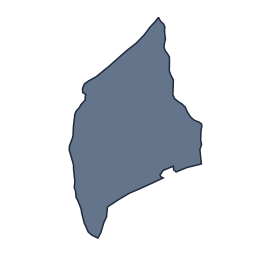 Toto, Nassarawa, Nigeria, rotated 162°
{"feature_id": "59680162B43531883815254", "entity_name": "Toto", "entity_type": "district", "adm_level": 2, "iso_a3": "NGA", "parent_name": "Nigeria", "parent_adm1": "Nassarawa", "projection": "albers", "projection_center": [7.153, 8.233], "detail": "fine", "context": "isolated", "style": "filled", "palette": "slate", "viewbox_px": 256, "rotation_deg": 162, "n_neighbors": 0, "source": "geoboundaries", "source_scale": "gbopen_adm2", "svg_char_len": 1289}
<svg xmlns="http://www.w3.org/2000/svg" viewBox="0 0 256 256"><g transform="rotate(162 128 128)"><path d="M69.3,71.1L66.3,85.3L63.1,89.7L62.7,93.4L62.7,93.9L61.4,97.4L59.0,103.8L57.0,107.1L57.0,109.5L58.5,111.5L58.7,111.8L61.9,114.2L63.6,116.5L65.1,119.2L66.6,124.7L67.1,130.1L69.0,133.8L72.4,138.0L74.7,141.8L75.1,145.7L73.7,149.4L70.0,159.6L71.0,165.8L71.0,169.8L68.4,177.2L66.7,182.7L67.0,184.2L67.2,185.4L68.9,190.6L68.6,194.6L66.0,199.2L64.7,201.5L64.0,206.2L63.0,209.7L61.7,212.9L62.2,216.4L63.7,218.6L64.4,221.1L64.7,223.3L65.5,223.4L68.9,221.0L76.1,217.0L83.9,211.5L89.5,208.5L92.9,206.7L93.9,206.2L105.9,201.8L126.7,192.7L142.2,186.7L151.6,184.8L156.0,183.3L159.1,179.5L160.1,175.8L157.9,172.9L159.3,170.3L160.1,167.9L165.6,164.7L167.8,162.6L172.2,160.0L174.1,157.8L179.3,146.7L182.5,138.1L184.3,135.2L189.1,129.2L190.7,125.4L191.2,110.1L192.6,105.3L195.0,93.8L197.3,88.4L197.6,87.6L197.3,84.6L198.8,78.0L198.2,75.0L197.6,65.7L198.3,61.4L199.0,51.3L197.9,41.3L195.4,37.1L190.6,32.6L186.0,37.1L180.1,45.6L175.9,50.1L171.9,59.3L158.0,63.1L154.7,63.8L146.6,65.6L140.9,66.1L129.1,67.3L114.3,69.1L110.0,69.6L111.7,71.3L112.1,73.4L107.6,76.8L96.7,77.7L97.5,74.1L95.8,71.3L93.0,71.6L84.0,72.2L76.0,71.6L70.6,71.2L69.3,71.1Z" fill="#64748b" stroke="#1e293b" stroke-width="1.5"/></g></svg>